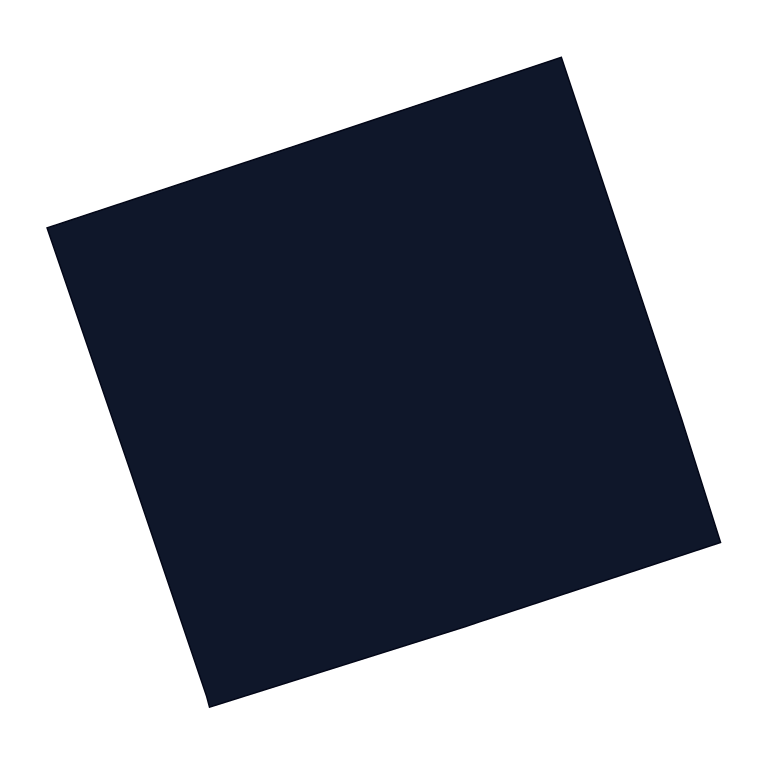 Kalamazoo, Michigan, United States of America (Natural Earth projection), rotated 162°
{"feature_id": "52423323B79129460570893", "entity_name": "Kalamazoo", "entity_type": "district", "adm_level": 2, "iso_a3": "USA", "parent_name": "United States of America", "parent_adm1": "Michigan", "projection": "natural_earth1", "projection_center": [-85.49, 42.245], "detail": "fine", "context": "isolated", "style": "filled", "palette": "ink", "viewbox_px": 768, "rotation_deg": 162, "n_neighbors": 0, "source": "geoboundaries", "source_scale": "gbopen_adm2", "svg_char_len": 303}
<svg xmlns="http://www.w3.org/2000/svg" viewBox="0 0 768 768"><g transform="rotate(162 384 384)"><path d="M649.8,130.6L380.5,128.1L368.2,128.3L112.9,129.3L111.8,258.6L114.4,639.9L384.3,637.9L656.2,636.6L652.1,383.0L649.2,141.6L649.8,130.6Z" fill="#0f172a" stroke="#020617" stroke-width="1.5"/></g></svg>